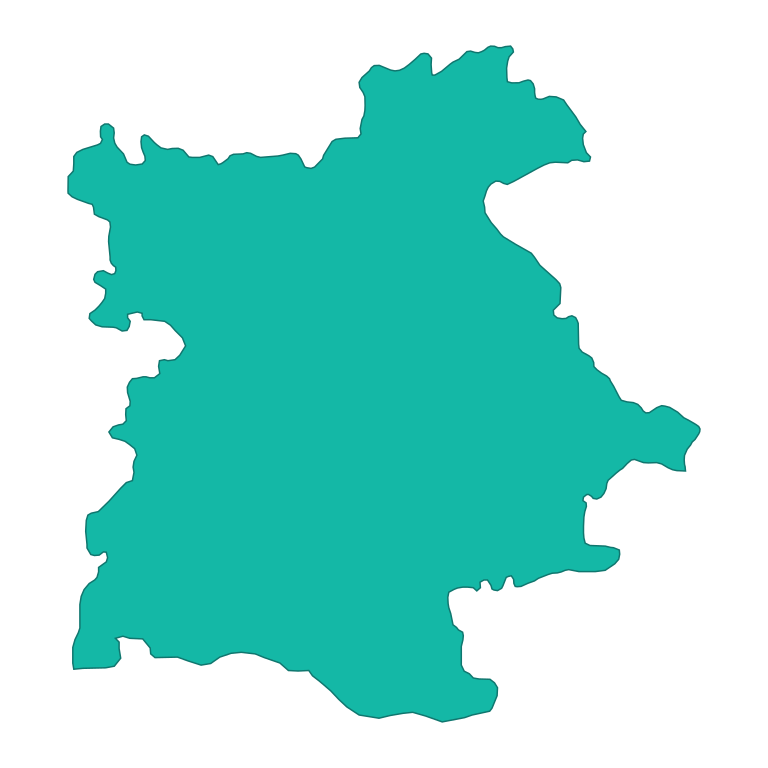 Pinsk, Brest, Belarus (Mercator projection)
{"feature_id": "67162791B61405599198646", "entity_name": "Pinsk", "entity_type": "district", "adm_level": 2, "iso_a3": "BLR", "parent_name": "Belarus", "parent_adm1": "Brest", "projection": "mercator", "projection_center": [26.193, 52.204], "detail": "fine", "context": "isolated", "style": "filled", "palette": "teal", "viewbox_px": 768, "rotation_deg": 0, "n_neighbors": 0, "source": "geoboundaries", "source_scale": "gbopen_adm2", "svg_char_len": 6019}
<svg xmlns="http://www.w3.org/2000/svg" viewBox="0 0 768 768"><path d="M685.5,471.0L685.1,466.7L684.5,464.3L684.2,459.9L684.5,455.4L687.2,449.2L690.6,445.0L692.2,442.0L695.0,439.5L698.7,433.9L699.7,431.7L700.0,429.0L698.7,426.5L695.9,424.5L689.4,420.7L683.7,417.7L677.7,412.2L669.7,407.4L664.9,406.1L661.6,405.7L656.7,407.7L649.3,412.7L645.8,412.9L643.2,411.0L641.2,407.8L637.8,404.4L633.3,402.6L627.0,401.9L621.3,400.3L619.0,396.7L613.7,386.4L610.4,381.0L609.5,378.7L606.7,376.1L601.6,373.2L597.0,369.8L593.9,366.6L593.7,362.5L591.8,358.0L588.8,355.7L582.2,352.1L579.1,348.3L578.6,344.2L578.2,323.3L577.2,320.7L575.6,317.6L571.9,315.8L568.6,316.7L566.1,318.4L562.1,318.7L557.2,317.9L553.8,315.0L553.3,310.2L560.0,303.5L560.8,287.6L559.7,283.7L556.0,279.7L539.9,265.3L534.5,257.3L531.3,253.2L515.4,244.2L503.3,236.8L500.5,234.0L496.6,228.8L491.2,222.6L485.0,212.7L484.6,207.1L483.2,201.0L484.8,196.4L486.5,190.8L488.3,187.1L491.0,184.0L495.8,181.1L499.9,181.4L503.6,183.4L507.3,184.4L513.7,181.4L537.4,168.4L544.1,165.0L549.8,162.8L555.4,162.2L567.8,162.8L571.7,160.3L577.5,159.9L583.9,161.7L589.5,161.1L590.5,157.0L586.4,152.7L583.3,144.6L582.6,138.2L583.3,134.1L585.9,131.5L580.2,124.4L575.8,116.9L566.6,104.5L563.6,100.0L556.2,96.9L549.3,96.4L543.1,98.9L541.1,99.3L538.1,99.2L535.7,98.1L535.0,95.3L534.6,92.4L534.6,88.7L533.2,83.9L530.5,80.6L528.0,80.0L523.3,81.2L519.0,82.8L511.8,82.9L507.4,81.7L506.9,77.5L506.6,68.1L507.7,61.1L509.1,56.8L513.4,52.0L512.8,48.9L510.6,46.1L505.4,46.6L501.5,47.7L498.0,47.7L494.6,46.3L490.7,46.1L487.9,47.3L484.4,50.2L481.7,51.6L478.4,52.8L474.9,52.4L470.6,51.1L466.9,51.6L459.1,59.2L453.0,62.1L450.1,64.2L441.5,71.4L434.8,75.1L432.3,75.1L431.7,72.9L431.1,64.6L431.5,58.1L428.0,53.9L424.1,53.3L420.8,54.0L415.2,59.3L409.0,64.6L404.3,68.1L399.5,70.3L395.0,70.9L390.7,70.1L379.3,65.4L374.2,65.6L371.4,67.7L369.4,70.9L362.0,77.5L359.1,82.3L359.8,87.5L363.1,92.4L364.9,96.7L365.1,105.6L364.9,110.4L363.9,115.9L362.0,119.4L360.2,128.5L361.0,133.9L357.9,137.8L344.7,138.2L335.8,139.3L332.1,141.5L323.6,155.3L322.6,158.9L314.6,167.1L311.1,168.4L306.7,167.7L304.7,166.9L300.9,158.9L298.3,155.1L295.8,153.7L290.2,153.3L282.8,155.1L278.0,156.0L260.5,157.4L256.6,156.4L250.6,153.3L246.7,152.7L243.0,153.9L233.5,154.3L230.0,155.8L228.1,158.7L222.9,162.6L220.9,163.8L218.2,164.6L212.8,156.6L208.7,155.1L199.8,157.4L192.2,157.4L188.9,157.0L183.1,150.2L178.2,148.3L172.2,148.5L167.6,149.4L161.0,147.9L156.9,144.8L154.4,142.6L148.4,136.2L144.3,134.9L141.6,136.8L141.0,141.7L141.6,147.7L143.3,152.5L144.9,156.2L145.3,160.5L142.2,164.0L135.6,165.0L129.9,164.2L127.0,162.2L123.5,153.9L117.1,147.1L114.8,143.2L113.6,138.0L114.2,132.9L113.6,128.1L108.4,124.0L104.7,124.0L101.0,126.5L100.4,131.2L100.6,136.8L102.4,139.5L100.5,143.4L97.5,144.9L82.9,149.4L76.8,152.4L73.8,156.5L73.8,163.5L73.3,171.1L68.2,176.6L68.0,191.0L68.1,193.2L72.1,196.8L77.3,199.3L88.6,203.4L92.2,204.3L93.5,207.2L94.4,214.2L98.9,216.7L107.5,219.9L109.9,222.0L110.5,227.0L108.8,236.4L108.6,241.6L110.1,256.9L110.1,260.0L111.3,263.2L113.4,265.6L115.7,267.2L115.9,270.6L114.7,273.6L111.5,274.6L107.6,273.0L103.4,270.7L97.6,271.7L95.0,274.3L93.7,279.4L95.0,282.3L100.5,285.6L105.7,289.1L105.7,293.3L104.7,298.5L102.1,302.3L98.9,306.2L95.0,310.1L89.9,313.6L89.2,318.4L91.5,321.0L95.7,324.9L102.1,326.8L113.1,327.2L116.3,327.8L122.1,331.0L127.0,330.4L129.2,326.5L130.2,321.3L127.6,317.8L127.6,314.3L137.3,312.0L142.1,313.3L142.1,315.9L144.0,319.7L150.8,319.7L164.7,321.3L170.5,325.2L175.3,330.7L182.4,337.8L185.6,345.9L179.8,355.2L175.0,359.7L167.9,360.7L164.4,359.7L159.5,360.7L158.6,366.2L159.8,373.6L154.4,377.8L149.8,377.8L146.0,376.8L143.1,376.8L136.6,378.4L132.4,378.7L129.5,382.3L127.3,387.1L127.6,392.6L130.2,401.3L129.9,405.8L126.0,408.7L125.7,414.5L126.3,420.7L122.8,424.2L118.6,424.9L113.1,426.8L108.9,432.0L112.4,437.8L119.2,439.4L125.0,441.3L129.5,444.5L134.7,448.7L136.9,455.2L134.0,461.3L133.1,467.1L134.0,472.3L132.4,480.6L126.3,482.6L120.8,488.1L108.9,501.3L98.3,511.6L91.2,513.2L87.9,515.1L86.3,520.3L85.7,531.3L87.0,544.5L87.0,548.0L90.8,554.5L94.4,555.5L99.2,555.1L103.4,551.9L106.3,552.2L107.6,557.7L106.3,561.9L98.6,567.4L98.6,571.9L97.0,577.4L94.7,580.0L89.2,583.5L84.1,589.6L81.2,596.4L79.9,604.5L79.9,628.0L78.3,632.8L75.0,639.6L72.8,647.4L72.8,663.2L73.8,669.2L83.2,668.3L105.7,667.8L114.3,666.2L120.7,658.2L119.1,648.5L119.1,642.1L115.4,638.3L122.9,636.2L129.8,638.3L142.7,638.9L150.2,648.0L150.7,653.9L155.0,657.6L177.5,657.1L187.7,660.8L201.1,665.1L210.7,663.5L219.8,657.1L231.1,653.3L241.3,652.3L255.2,653.9L264.3,657.6L279.9,663.0L288.4,670.5L298.1,671.0L308.8,670.5L312.5,675.8L319.5,681.2L330.7,690.8L338.8,699.4L346.8,706.9L359.1,715.0L379.0,718.2L390.2,715.5L403.1,713.3L412.7,712.3L425.6,716.0L442.2,721.9L464.7,717.6L472.2,715.0L489.7,711.2L492.0,708.2L497.1,695.7L497.5,687.7L494.5,682.8L490.0,679.3L479.1,679.0L473.3,678.0L469.4,673.8L464.2,671.2L461.3,665.1L461.3,646.4L462.9,639.9L463.3,635.7L462.6,632.2L458.4,629.9L456.5,627.4L453.0,624.8L450.7,613.5L448.8,607.7L448.1,603.5L447.8,597.4L448.8,592.2L454.2,589.3L457.5,588.0L462.9,587.1L467.5,587.1L473.3,587.7L476.8,590.9L480.4,587.7L480.0,582.2L483.9,580.0L487.5,580.0L491.0,585.4L492.0,589.0L493.9,590.0L497.5,590.6L501.6,588.3L502.9,585.8L506.2,577.4L508.4,576.4L511.3,575.8L513.6,579.3L513.9,583.5L515.2,586.4L517.1,586.7L521.0,586.4L528.1,583.2L534.5,580.9L538.4,578.3L548.1,574.5L552.3,573.2L557.4,572.9L561.3,571.9L565.2,570.3L568.7,569.6L579.0,571.6L595.2,571.6L605.2,570.3L614.8,563.8L618.7,559.3L619.7,554.2L619.3,550.0L613.5,547.7L610.6,547.4L605.2,546.1L590.0,545.5L585.2,543.2L583.9,538.0L583.5,532.9L583.5,526.4L583.9,517.1L584.8,511.6L586.4,506.4L586.1,502.9L582.9,500.6L583.5,497.1L586.8,494.5L588.7,494.5L591.6,496.4L593.2,498.4L596.8,499.0L601.0,497.1L603.9,493.5L606.1,488.7L606.8,483.5L608.1,480.3L616.4,472.9L620.0,470.0L622.6,468.4L627.1,463.6L631.3,460.0L634.5,459.4L643.5,462.6L648.4,462.9L656.7,462.6L661.6,463.9L668.0,467.7L672.5,469.7L676.7,470.6L685.5,471.0Z" fill="#14b8a6" stroke="#0f766e" stroke-width="1.5"/></svg>